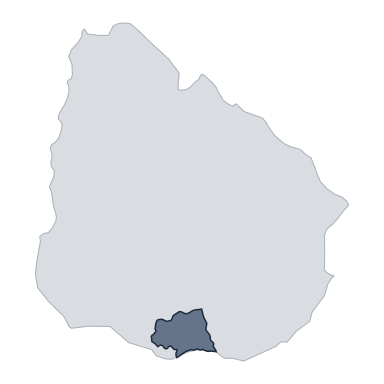 location of Canelones within Uruguay
{"feature_id": "URY-17", "entity_name": "Canelones", "entity_type": "Department", "adm_level": 1, "iso_a3": "URY", "parent_name": "Uruguay", "parent_adm1": "", "projection": "mercator", "projection_center": [-56.01, -34.547], "detail": "fine", "context": "in_parent", "style": "filled", "palette": "slate", "viewbox_px": 384, "rotation_deg": 0, "n_neighbors": 0, "source": "natural_earth", "source_scale": "10m", "svg_char_len": 3720}
<svg xmlns="http://www.w3.org/2000/svg" viewBox="0 0 384 384"><path d="M334.1,276.0L331.2,278.6L328.1,283.6L324.5,295.5L312.2,312.0L309.7,321.4L296.4,331.1L287.1,342.1L281.0,341.9L275.5,346.6L243.8,361.0L232.5,358.3L224.1,358.3L216.2,352.0L198.4,349.7L187.2,352.2L172.2,359.2L167.7,359.1L164.4,358.7L156.3,355.8L151.8,349.7L128.7,342.6L110.1,326.5L88.2,326.2L71.3,328.3L68.7,326.2L67.0,322.1L63.5,316.1L49.1,302.0L37.7,288.0L35.4,274.3L37.0,259.5L40.4,241.9L39.8,236.4L44.0,233.3L48.2,232.7L52.2,228.1L55.8,221.3L56.4,216.1L53.6,206.5L51.7,193.2L49.4,186.6L54.0,176.1L54.2,171.0L51.5,166.6L50.8,162.0L52.0,157.3L51.8,152.8L50.1,148.4L51.4,144.9L55.6,142.0L58.8,137.7L60.8,131.8L61.9,127.4L62.0,124.3L60.7,121.4L58.1,118.7L59.3,113.3L64.3,105.2L67.5,98.0L69.0,91.7L68.9,86.7L67.3,82.9L68.0,80.3L71.0,78.9L72.4,74.8L72.0,64.8L68.8,56.5L71.2,49.9L78.2,42.4L81.8,36.3L82.1,31.6L84.3,29.0L87.6,34.0L97.6,35.3L107.6,35.5L109.2,34.2L113.1,26.0L118.3,23.6L123.9,23.0L130.1,23.5L136.6,28.9L155.1,46.7L168.8,59.1L172.9,64.9L176.5,69.3L179.2,73.4L178.1,84.0L178.2,88.7L178.9,90.0L182.0,90.1L186.6,89.4L190.5,87.1L193.5,83.7L196.5,80.9L198.9,79.4L199.7,77.2L201.1,74.8L202.5,74.3L205.2,76.0L211.6,82.1L216.5,87.7L217.7,91.0L219.6,94.3L221.6,97.2L223.1,100.1L227.9,103.8L232.7,106.2L236.0,103.8L244.2,111.5L262.4,118.0L265.7,121.9L268.9,127.5L275.2,136.0L284.0,143.6L291.1,146.9L297.9,148.7L301.7,150.4L304.3,153.3L308.5,156.5L311.1,157.6L312.0,160.5L314.6,166.7L317.4,174.5L320.5,181.8L327.1,188.8L334.6,194.2L342.3,197.3L346.7,201.1L348.6,205.1L343.4,211.0L337.7,218.5L332.7,224.3L327.5,228.4L325.8,231.2L324.6,235.6L324.7,258.8L324.3,267.5L324.6,269.8L325.4,271.4L328.6,273.7L332.5,275.6L334.1,276.0Z" fill="#d9dde1" stroke="#a8b0b8" stroke-width="1"/><path d="M216.1,351.6L215.9,351.5L214.4,351.4L210.5,351.1L208.0,351.4L205.0,350.5L202.6,349.4L200.0,350.1L197.2,348.9L193.5,350.2L191.4,349.6L187.5,350.9L185.7,351.7L181.8,354.2L178.9,356.4L176.9,357.6L176.5,356.9L176.2,356.2L176.0,354.9L176.0,353.5L176.1,353.0L176.2,352.6L176.8,351.2L177.0,350.4L177.0,350.0L176.9,349.6L176.5,349.4L175.7,349.4L175.2,349.6L174.7,349.6L174.3,349.5L173.8,349.1L173.5,348.8L173.4,348.5L173.2,348.3L173.0,348.1L172.7,348.0L172.3,347.8L172.1,347.6L171.7,346.9L171.6,346.6L171.3,346.1L171.0,346.0L170.5,346.0L169.3,346.4L168.7,346.7L168.3,347.1L167.9,347.7L167.7,348.0L167.2,348.4L166.9,348.6L166.3,348.8L165.9,348.8L165.4,348.7L164.6,348.2L164.2,347.9L164.0,347.7L163.3,346.5L163.1,346.2L162.6,345.7L162.3,345.5L161.8,345.3L161.2,345.2L160.7,345.2L159.6,345.5L157.7,346.7L157.3,346.0L156.4,344.9L154.2,343.0L152.3,341.9L152.1,341.7L151.9,341.3L151.7,340.8L151.7,338.8L151.3,336.8L151.4,336.4L151.6,335.9L152.0,335.3L152.4,335.1L153.1,334.7L153.4,334.5L153.6,334.3L153.9,334.0L154.2,333.4L154.7,332.8L155.7,331.9L155.8,331.4L155.8,330.8L155.5,329.9L155.3,329.4L155.1,329.0L155.1,328.7L155.1,328.2L155.5,326.5L155.5,325.1L156.5,321.5L157.1,320.4L157.7,320.0L158.5,319.7L159.5,319.5L161.2,319.3L162.1,319.4L162.7,319.5L163.3,319.7L165.9,321.2L166.6,321.2L167.6,321.2L170.5,320.5L171.2,320.2L171.6,319.7L172.1,318.7L172.9,316.4L173.0,316.0L173.4,315.6L174.0,315.1L179.2,311.7L179.8,311.6L180.6,311.7L181.8,312.0L184.9,313.6L185.4,313.7L186.1,313.7L187.4,313.5L188.1,313.3L188.6,313.1L192.6,310.7L194.2,310.1L201.6,309.1L203.2,315.5L204.0,317.9L206.4,322.4L206.7,323.1L206.7,323.7L206.7,324.2L206.0,327.7L206.0,328.4L206.0,329.9L206.1,330.2L206.5,330.8L208.9,333.8L209.9,335.6L210.2,336.7L210.2,338.7L211.1,340.7L211.7,341.4L212.6,342.1L213.3,342.8L213.6,343.3L213.7,343.8L213.4,345.6L213.4,346.1L213.4,346.7L213.6,347.1L213.8,347.4L214.2,347.8L215.4,349.6L215.9,350.5L216.0,351.1L216.1,351.6Z" fill="#64748b" stroke="#1e293b" stroke-width="1.5"/></svg>